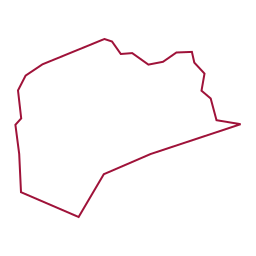 outline of Rochdale
{"feature_id": "GBR-5680", "entity_name": "Rochdale", "entity_type": "Metropolitan Borough", "adm_level": 1, "iso_a3": "GBR", "parent_name": "United Kingdom", "parent_adm1": "", "projection": "equal_earth", "projection_center": [-2.125, 53.611], "detail": "fine", "context": "isolated", "style": "outline", "palette": "rose", "viewbox_px": 256, "rotation_deg": 0, "n_neighbors": 0, "source": "natural_earth", "source_scale": "10m", "svg_char_len": 404}
<svg xmlns="http://www.w3.org/2000/svg" viewBox="0 0 256 256"><path d="M240.6,124.2L150.6,154.0L103.8,174.2L78.6,217.0L21.0,192.2L19.2,154.0L15.4,124.8L21.2,118.4L18.0,90.4L25.6,75.6L42.5,64.3L104.4,39.0L112.0,41.5L120.8,54.0L132.2,53.1L148.4,64.6L163.0,61.8L176.4,52.5L191.9,51.9L194.3,62.6L204.5,73.6L201.5,90.7L210.7,98.5L216.5,120.2L240.6,124.2Z" fill="none" stroke="#9f1239" stroke-width="2"/></svg>